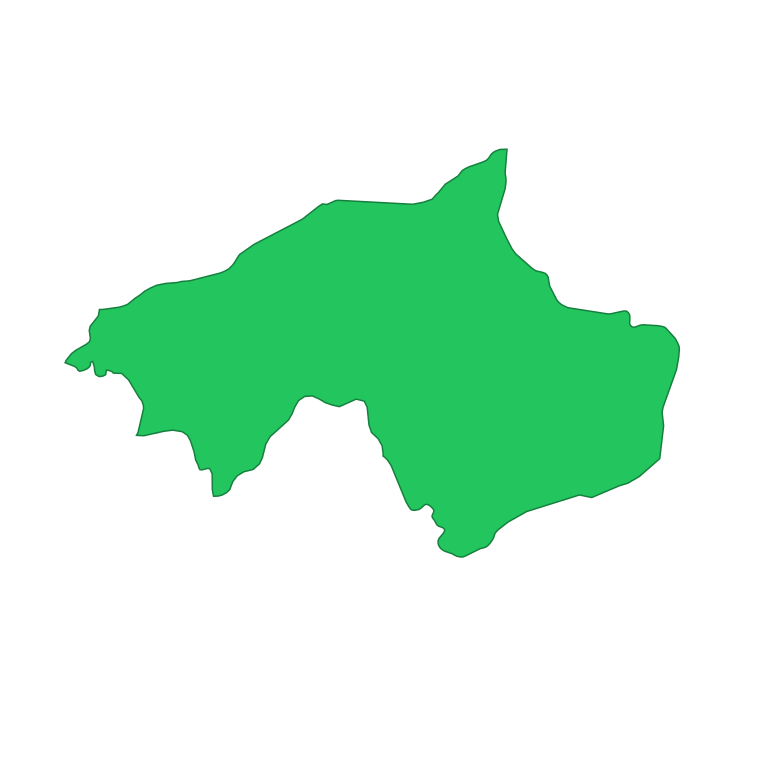 SVG path tracing the border of Stœng Trêng, rotated 248°
{"feature_id": "KHM-1792", "entity_name": "Stœng Trêng", "entity_type": "Province", "adm_level": 1, "iso_a3": "KHM", "parent_name": "Cambodia", "parent_adm1": "", "projection": "natural_earth1", "projection_center": [106.102, 13.853], "detail": "fine", "context": "isolated", "style": "filled", "palette": "green", "viewbox_px": 768, "rotation_deg": 248, "n_neighbors": 0, "source": "natural_earth", "source_scale": "10m", "svg_char_len": 3432}
<svg xmlns="http://www.w3.org/2000/svg" viewBox="0 0 768 768"><g transform="rotate(248 384 384)"><path d="M523.2,96.3L525.2,98.4L529.3,105.8L530.7,110.8L532.4,123.1L533.6,126.9L536.5,128.9L544.1,130.8L547.6,133.2L554.1,144.6L559.7,148.1L559.1,149.5L558.4,151.4L554.3,167.7L553.9,172.4L553.9,176.2L556.6,184.8L558.0,191.4L559.7,196.9L560.5,203.5L560.7,210.5L559.0,219.3L555.6,230.2L554.8,235.1L552.9,241.0L552.3,243.6L548.3,273.3L548.2,278.2L548.8,282.9L550.9,288.1L553.2,291.7L555.9,295.2L558.2,298.7L562.2,316.1L567.4,369.9L573.1,389.6L574.0,394.5L571.8,398.4L572.2,407.6L571.6,410.1L539.9,477.9L537.8,488.4L537.3,497.6L538.4,500.3L539.8,502.7L540.9,505.7L546.3,515.7L549.1,530.5L552.6,536.5L553.3,540.5L553.5,544.7L552.8,559.3L553.1,563.1L554.5,566.1L556.7,569.2L557.2,570.3L557.6,571.6L558.0,573.2L558.2,574.9L558.0,579.5L555.6,586.0L534.2,575.3L529.7,574.3L525.6,572.8L519.7,569.5L498.8,552.8L492.0,551.2L473.0,552.2L460.8,553.4L455.3,554.9L436.0,564.5L433.7,566.0L431.9,567.4L428.4,572.4L426.2,574.9L424.1,575.9L421.5,576.2L412.7,574.3L397.4,575.7L394.6,576.5L391.7,578.0L389.8,579.4L385.9,583.0L365.0,618.0L364.2,620.3L362.0,633.1L361.4,634.9L360.8,636.0L360.0,636.6L358.9,637.1L357.7,637.5L356.4,637.6L355.5,637.5L354.6,637.3L349.2,635.0L348.7,634.6L347.7,634.4L346.3,634.4L344.0,635.4L343.1,636.9L342.7,638.4L342.6,643.7L341.7,646.8L335.5,659.7L333.3,663.3L331.5,665.5L330.5,666.1L317.2,671.1L312.4,671.6L308.7,671.7L305.9,671.0L298.5,667.3L287.8,660.6L257.8,633.9L253.4,631.2L240.5,627.6L211.5,611.7L202.6,586.1L200.7,573.0L201.5,563.8L200.9,534.1L207.9,523.6L212.3,468.5L209.5,447.1L206.0,435.0L204.7,432.3L203.5,430.5L202.5,429.7L201.6,429.1L200.2,427.8L198.7,426.0L196.2,421.9L195.2,419.5L194.7,417.5L194.7,415.9L195.3,411.5L194.0,394.7L194.1,392.2L194.7,390.7L195.5,389.3L196.8,387.3L199.0,385.2L200.9,383.8L201.7,382.9L206.2,377.7L208.3,376.1L209.3,375.5L210.3,375.0L211.4,374.6L214.0,374.2L215.4,374.4L216.7,374.7L217.9,375.2L218.9,375.9L219.8,376.8L220.5,377.7L223.4,383.0L224.1,384.0L224.9,384.9L225.9,385.5L227.1,385.6L228.1,385.1L229.2,384.2L231.8,381.3L233.2,380.5L234.6,380.1L238.7,379.7L241.0,379.0L242.2,378.8L243.4,379.0L244.4,379.7L246.0,381.4L246.8,382.1L247.8,382.7L248.9,382.8L250.2,382.6L253.3,381.3L255.6,379.7L256.5,378.2L256.8,376.6L255.9,374.1L255.4,373.0L254.9,371.3L254.6,369.3L255.3,365.3L256.2,363.4L257.2,362.2L258.3,361.7L260.8,361.1L266.3,360.3L305.6,360.1L312.1,358.8L315.5,357.4L317.6,356.1L319.0,356.9L327.3,359.1L335.5,358.1L343.7,354.3L351.6,354.7L368.8,359.7L375.5,359.3L380.4,352.5L379.7,334.2L383.8,328.2L388.6,322.7L394.6,318.1L399.8,313.1L402.2,305.8L400.6,298.5L396.2,292.8L390.8,287.6L386.3,281.8L377.8,258.6L372.6,251.9L361.2,243.6L356.6,238.6L353.8,230.7L355.1,221.1L353.9,213.6L350.2,207.3L343.8,201.3L342.2,197.1L341.7,192.7L342.2,188.2L343.8,183.9L350.5,185.3L365.1,191.0L370.9,190.7L371.8,188.9L372.6,182.8L373.6,181.2L375.3,181.0L378.9,181.3L384.1,180.9L392.1,182.5L403.8,183.3L410.2,182.5L415.5,178.9L420.4,170.7L422.6,162.3L426.0,141.9L429.1,135.3L431.1,137.7L451.3,151.9L454.5,152.9L459.1,153.2L463.5,151.8L465.7,151.5L483.6,148.7L492.1,144.7L495.5,137.1L496.9,136.8L499.3,134.5L500.8,131.8L496.9,129.4L496.6,126.7L497.1,123.9L497.9,122.3L501.0,120.2L504.6,120.7L508.8,121.9L514.0,122.3L514.0,119.9L511.5,118.9L510.1,116.9L509.3,114.2L509.2,110.4L509.8,106.6L511.4,105.5L513.6,105.2L516.0,103.9L523.2,96.3Z" fill="#22c55e" stroke="#15803d" stroke-width="1.5"/></g></svg>